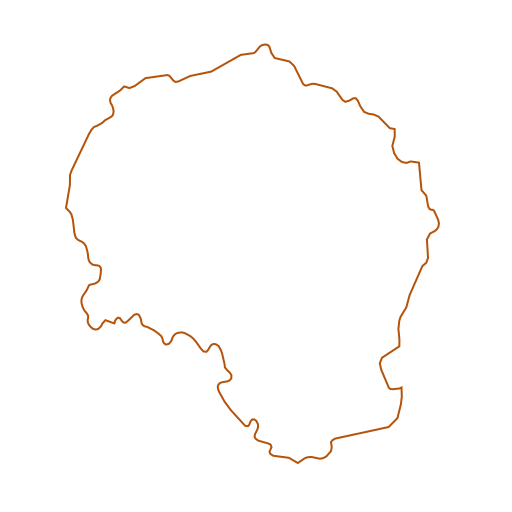 SVG path tracing the border of Côte-d'Or, rotated 175°
{"feature_id": "FRA-5282", "entity_name": "Côte-d'Or", "entity_type": "Metropolitan department", "adm_level": 1, "iso_a3": "FRA", "parent_name": "France", "parent_adm1": "", "projection": "orthographic", "projection_center": [4.917, 47.462], "detail": "fine", "context": "isolated", "style": "outline", "palette": "amber", "viewbox_px": 512, "rotation_deg": 175, "n_neighbors": 0, "source": "natural_earth", "source_scale": "10m", "svg_char_len": 3239}
<svg xmlns="http://www.w3.org/2000/svg" viewBox="0 0 512 512"><g transform="rotate(175 256 256)"><path d="M93.5,336.7L85.5,334.8L85.4,307.2L81.1,301.2L80.2,290.4L79.1,287.9L77.5,286.8L76.1,286.6L74.8,285.8L71.4,276.3L70.9,272.6L71.8,269.1L73.6,266.8L75.9,265.2L80.7,263.2L84.3,257.6L84.8,239.1L86.9,234.5L91.1,231.5L106.3,203.8L110.8,191.6L117.3,182.8L118.9,179.0L120.5,170.9L120.4,160.3L121.1,153.5L139.3,143.7L142.0,138.4L141.2,131.9L135.2,113.3L133.9,111.9L131.7,111.4L124.6,111.5L122.5,112.3L123.0,103.3L124.5,95.9L129.2,82.2L138.7,74.1L193.0,67.2L196.1,65.7L197.6,63.8L197.3,61.4L197.3,58.4L198.4,55.0L203.4,50.2L207.0,48.7L210.2,48.5L218.4,51.0L222.5,51.0L225.2,50.2L232.4,46.1L240.8,52.1L256.2,55.5L259.0,57.6L259.6,59.9L257.2,64.3L258.0,67.0L260.7,68.4L269.7,71.8L272.0,73.7L273.1,75.4L273.0,76.9L272.4,78.8L269.8,83.0L268.8,85.5L268.7,88.3L270.1,91.8L271.9,93.3L274.0,93.5L275.6,92.1L277.6,88.3L278.9,87.2L281.6,87.8L294.4,104.5L300.0,113.6L304.7,124.2L305.4,126.7L305.5,129.1L304.7,131.2L302.7,132.7L300.5,133.2L295.5,133.6L293.1,134.4L291.3,136.2L290.9,139.4L292.3,142.1L294.8,144.9L296.7,147.8L296.7,148.3L296.7,150.6L298.2,161.4L299.0,164.8L301.0,169.4L303.5,171.5L306.0,172.1L307.9,171.4L309.3,170.2L312.1,166.4L313.7,164.9L316.7,165.5L319.1,168.7L323.1,175.6L325.8,179.3L328.4,181.9L333.4,185.2L335.8,186.2L338.3,186.4L340.8,186.2L343.0,185.4L345.0,183.8L346.4,181.8L347.3,179.6L348.8,177.6L350.5,176.1L353.5,175.6L355.3,177.1L356.1,179.2L356.3,181.5L357.2,184.2L359.6,186.9L364.2,190.9L370.5,194.8L373.4,195.8L374.8,197.1L375.7,198.5L376.3,203.9L377.9,207.7L380.0,208.6L382.5,208.0L389.7,202.2L391.8,200.9L394.0,201.4L395.5,203.3L397.0,206.0L398.9,206.6L400.7,205.4L401.9,203.9L403.0,201.2L411.6,205.2L414.9,202.2L416.4,199.6L419.6,197.0L422.3,196.7L424.8,197.7L426.8,199.7L428.5,202.1L429.3,204.5L429.3,206.8L428.6,209.2L428.5,211.4L429.8,214.0L431.4,216.2L432.6,218.7L433.4,221.4L433.9,224.2L433.8,227.0L433.0,229.8L431.4,232.1L427.7,236.6L425.0,241.2L424.6,241.6L423.7,241.9L419.6,242.4L417.3,243.2L415.1,244.5L413.6,246.7L412.3,251.8L411.8,254.5L411.6,257.7L412.9,259.7L414.8,260.5L417.3,260.9L419.8,261.8L422.1,264.2L423.0,266.6L423.3,269.2L423.3,272.1L423.6,275.6L424.6,280.8L426.5,283.9L428.9,285.8L431.4,287.2L433.8,289.7L434.5,292.2L434.9,295.2L435.2,305.7L435.4,308.9L436.3,313.6L437.6,316.1L441.1,320.4L435.2,342.9L434.2,353.0L432.2,357.3L411.7,392.2L408.8,396.2L406.2,398.6L401.9,400.0L397.6,402.0L394.4,404.5L389.1,406.8L386.8,408.3L385.7,410.4L385.2,413.0L385.6,416.0L386.3,418.7L387.5,421.0L387.9,424.3L386.9,426.6L385.3,428.3L377.0,432.7L372.6,436.4L367.4,434.3L362.0,435.9L350.6,442.8L328.6,444.0L326.5,443.0L323.0,437.9L321.1,436.4L318.3,436.6L305.8,441.1L284.5,443.6L253.6,457.7L240.7,458.3L239.7,458.7L238.7,459.4L234.0,464.2L231.6,465.6L228.4,465.9L225.7,465.1L224.4,463.2L223.0,457.0L220.1,451.6L205.8,446.9L201.5,442.1L194.1,423.3L192.4,421.7L190.8,421.4L185.4,422.6L182.2,422.3L165.5,416.4L161.3,412.7L156.3,404.0L153.6,401.8L149.4,402.7L145.4,404.6L142.9,404.5L141.0,401.8L139.1,396.2L135.8,390.2L131.5,387.9L126.7,386.8L121.8,384.2L111.6,371.7L106.8,370.4L107.4,362.8L110.6,353.7L109.4,346.4L106.5,340.5L102.4,336.9L97.9,335.6L93.5,336.7Z" fill="none" stroke="#b45309" stroke-width="2"/></g></svg>